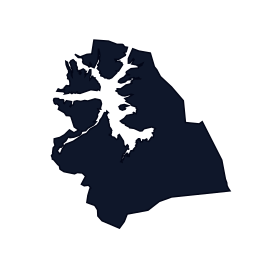 Alta nor, Finnmark, Norway (Mercator projection), rotated 344°
{"feature_id": "86288312B22085656530390", "entity_name": "Alta nor", "entity_type": "district", "adm_level": 2, "iso_a3": "NOR", "parent_name": "Norway", "parent_adm1": "Finnmark", "projection": "mercator", "projection_center": [23.025, 70.046], "detail": "fine", "context": "isolated", "style": "filled", "palette": "ink", "viewbox_px": 256, "rotation_deg": 344, "n_neighbors": 0, "source": "geoboundaries", "source_scale": "gbopen_adm2", "svg_char_len": 5734}
<svg xmlns="http://www.w3.org/2000/svg" viewBox="0 0 256 256"><g transform="rotate(344 128 128)"><path d="M50.6,126.5L48.7,131.1L48.9,131.8L46.8,133.5L47.0,135.9L46.7,137.0L47.9,138.1L50.5,143.9L51.6,145.2L51.3,148.8L54.4,152.3L64.0,157.3L66.9,156.8L71.6,158.6L74.0,162.7L67.7,169.2L70.0,171.5L74.4,172.1L75.6,175.5L74.5,176.0L70.9,181.7L67.9,188.3L74.7,193.2L76.2,198.3L74.8,204.3L77.5,210.0L92.2,221.9L98.6,216.9L103.5,210.5L124.6,212.5L137.8,207.2L150.9,206.3L208.7,216.5L207.7,213.3L207.3,210.7L207.8,207.7L207.5,204.0L209.3,184.7L201.1,142.4L197.6,143.7L184.7,138.6L188.7,117.0L181.1,100.5L173.3,87.5L171.7,79.9L170.2,76.4L170.1,62.1L159.6,57.0L154.4,53.1L147.5,61.4L146.2,65.8L147.8,66.1L152.2,62.8L152.8,63.8L149.3,67.5L154.6,70.2L154.1,70.5L154.3,70.8L160.2,69.7L158.6,71.5L155.1,72.0L154.4,73.2L147.3,71.8L142.1,73.5L141.6,74.0L141.6,75.3L144.7,77.7L140.5,76.5L138.6,77.9L134.1,78.9L131.8,80.3L131.5,81.3L133.6,82.8L137.8,82.9L140.6,81.6L143.6,82.1L142.7,81.2L143.5,80.8L147.5,81.1L147.8,81.4L147.2,81.8L147.8,82.5L152.2,82.4L152.4,82.9L152.1,83.5L154.3,84.6L147.3,82.7L144.0,84.2L144.2,86.0L143.7,86.2L143.4,85.5L142.1,86.3L138.0,86.1L131.7,88.4L128.4,87.3L127.9,89.1L126.2,88.8L128.3,90.3L128.4,92.4L131.3,95.2L133.8,96.3L140.2,96.4L141.7,97.2L137.2,98.6L133.1,98.8L134.5,101.2L133.4,101.8L137.2,105.5L138.0,107.5L141.8,110.0L141.3,111.1L142.3,112.6L141.2,113.2L140.3,115.7L139.6,116.5L137.7,114.6L137.3,114.8L137.7,115.7L136.9,116.2L130.2,115.6L127.2,117.7L122.5,119.2L123.9,121.5L126.5,123.4L126.4,124.6L129.6,127.5L129.6,128.2L133.7,130.0L138.7,134.2L140.8,134.6L143.2,133.1L151.2,133.5L154.2,136.0L152.3,137.4L152.4,138.2L151.8,139.2L150.0,139.5L150.8,141.5L149.8,144.0L148.2,143.3L144.2,146.6L141.0,144.5L143.0,144.0L142.8,143.7L140.6,144.3L139.0,143.5L138.1,145.1L136.4,144.9L136.3,143.6L135.2,142.7L136.4,142.7L136.3,141.6L135.1,141.2L132.5,142.5L132.2,143.4L132.7,144.5L131.9,144.6L132.4,145.1L132.1,145.9L130.6,146.7L131.1,147.7L127.3,150.1L127.1,151.3L124.6,150.7L121.9,153.8L121.4,155.7L119.3,155.0L119.7,153.9L120.0,154.5L120.6,153.8L120.6,152.2L119.6,152.0L117.2,153.8L116.0,153.6L116.6,154.4L114.8,157.1L113.0,157.6L112.8,159.2L111.7,158.4L112.9,157.5L114.9,153.4L115.8,153.4L115.6,152.7L116.1,151.7L117.1,151.8L120.7,148.3L121.9,147.9L123.2,148.9L122.4,147.5L123.3,145.4L122.7,144.0L120.3,145.4L119.7,144.8L119.4,143.0L120.0,139.3L117.8,131.9L116.7,132.3L117.1,132.7L116.1,133.5L115.5,134.9L115.6,135.5L113.9,135.9L111.9,132.9L110.2,132.2L109.7,130.7L108.1,129.8L108.3,129.0L110.0,129.2L110.9,127.5L110.8,126.8L111.7,126.0L111.4,123.9L110.5,121.8L110.9,119.1L110.9,116.7L111.2,116.3L111.0,115.1L111.8,114.5L110.9,113.2L111.1,111.7L110.7,110.9L111.0,109.4L112.1,108.3L111.7,107.4L113.2,107.7L112.3,106.0L111.6,107.4L109.6,106.7L106.0,110.7L103.2,112.7L102.4,114.3L99.1,116.8L91.3,118.7L86.6,121.9L83.3,122.0L71.7,125.7L63.5,126.5L59.2,130.0L56.1,134.0L54.8,133.9L54.7,132.7L53.5,130.6L57.1,127.5L58.4,128.1L60.9,126.7L61.0,125.8L60.6,125.0L64.7,123.2L67.4,120.7L68.9,120.2L69.7,120.7L69.3,120.9L69.5,121.3L73.4,121.9L79.3,121.5L81.2,120.6L82.6,118.4L86.6,118.9L89.3,117.1L95.8,115.5L99.1,113.3L95.7,112.4L98.3,112.0L100.6,110.0L102.0,108.3L102.4,106.2L105.0,104.1L104.2,102.4L104.2,101.3L107.0,102.4L106.9,101.3L109.2,97.5L109.3,94.5L108.7,93.2L104.3,90.9L96.8,91.0L93.9,89.6L90.0,89.5L86.4,87.8L83.6,87.7L81.8,90.7L79.9,90.6L78.5,91.8L78.1,91.3L79.9,89.6L81.0,87.1L76.3,84.8L73.6,87.0L73.0,86.5L73.8,83.7L73.5,82.9L69.7,81.9L69.4,80.6L66.3,79.5L65.0,79.4L64.1,80.8L64.1,84.0L65.1,85.2L66.2,85.0L67.4,86.6L67.9,88.4L66.2,90.8L71.1,95.8L72.1,99.0L75.3,100.1L76.3,101.3L76.6,112.1L80.1,116.4L74.7,117.7L71.2,113.7L65.1,117.0L59.9,118.3L54.1,118.1L53.1,121.2L53.1,124.8L50.6,126.5ZM97.3,42.5L99.6,46.5L103.1,47.7L103.6,50.2L102.6,51.9L103.0,53.8L107.1,57.3L107.1,58.2L107.5,58.6L109.0,58.4L109.1,55.0L109.6,54.7L110.4,57.0L109.9,58.9L112.0,60.7L117.1,55.1L119.2,50.8L121.5,43.3L121.6,46.0L121.0,50.5L119.3,54.0L119.5,55.7L117.2,58.8L116.5,58.7L116.2,59.5L116.7,60.1L116.5,60.9L114.9,62.3L116.9,65.9L116.0,66.8L115.9,67.4L117.0,68.6L116.3,70.3L118.4,71.6L119.7,73.6L121.2,73.6L121.8,74.7L123.5,75.5L126.2,75.2L132.0,72.0L132.7,71.5L132.8,70.8L132.5,70.0L134.5,70.7L140.3,65.6L140.0,64.7L140.1,63.8L138.2,62.1L138.5,61.5L134.7,60.8L135.7,59.4L134.4,59.2L134.3,58.4L137.9,59.4L145.4,57.4L145.8,56.8L144.9,54.3L147.2,54.2L149.7,50.3L147.0,49.0L146.4,46.9L145.7,46.1L140.4,44.5L133.2,39.1L119.5,34.1L113.6,46.8L108.8,45.9L101.6,46.5L97.3,42.5ZM69.8,73.0L76.2,75.4L77.2,77.5L76.7,77.8L80.6,78.2L81.4,77.5L82.3,78.4L83.6,78.1L83.4,79.3L83.7,79.4L85.7,78.9L86.8,80.0L89.1,79.1L89.3,79.3L88.8,80.4L91.4,81.5L102.8,80.9L108.6,83.4L109.7,82.6L111.1,83.9L112.6,80.9L112.4,77.6L111.5,76.6L111.6,75.3L109.6,71.3L110.1,70.8L108.4,70.0L108.4,68.6L107.6,68.3L106.6,69.9L104.6,71.1L105.3,68.5L107.2,65.8L108.3,61.8L107.3,61.5L104.6,64.7L103.3,64.5L101.4,66.0L101.8,65.0L101.4,64.6L103.4,62.1L102.1,61.9L102.5,60.6L101.2,58.9L98.5,59.4L97.9,60.6L97.8,59.6L97.1,59.4L96.9,61.2L98.2,62.1L96.9,63.3L96.3,62.9L96.2,61.9L96.7,61.3L96.7,60.3L95.7,59.8L95.4,58.0L95.0,57.6L95.8,56.2L95.8,55.0L95.4,53.3L96.1,51.4L96.0,50.2L95.0,49.6L94.9,48.6L94.0,47.2L91.6,47.7L90.0,49.1L90.4,50.9L90.3,55.5L90.7,56.5L90.1,59.0L88.8,60.7L88.4,63.2L88.0,62.2L89.0,57.0L88.5,55.3L88.6,54.1L87.8,52.1L87.9,48.1L86.6,46.8L86.0,50.1L86.3,54.5L86.8,55.9L86.4,57.8L86.8,58.1L84.0,60.4L84.3,62.4L83.6,63.9L84.9,65.0L84.9,67.3L84.4,69.9L83.4,71.5L80.4,70.2L77.4,72.1L77.4,73.6L75.5,72.7L74.2,73.1L71.7,71.2L69.8,73.0ZM130.9,104.4L127.3,104.1L125.2,105.1L125.6,105.6L125.3,106.3L125.5,107.6L127.5,109.3L130.4,109.2L130.7,108.9L130.4,108.8L130.5,107.7L130.0,107.4L130.3,106.9L134.7,106.7L130.9,104.4Z" fill="#0f172a" stroke="#020617" stroke-width="1.5"/></g></svg>